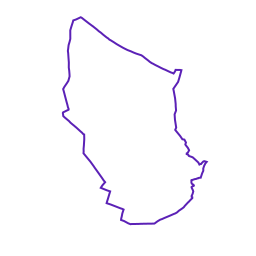 the district of Afaq, Al-Qādisiyyah, Iraq, rotated 198°
{"feature_id": "34846034B39567841057501", "entity_name": "Afaq", "entity_type": "district", "adm_level": 2, "iso_a3": "IRQ", "parent_name": "Iraq", "parent_adm1": "Al-Qādisiyyah", "projection": "mercator", "projection_center": [45.306, 32.022], "detail": "fine", "context": "isolated", "style": "outline", "palette": "violet", "viewbox_px": 256, "rotation_deg": 198, "n_neighbors": 0, "source": "geoboundaries", "source_scale": "gbopen_adm2", "svg_char_len": 3074}
<svg xmlns="http://www.w3.org/2000/svg" viewBox="0 0 256 256"><g transform="rotate(198 128 128)"><path d="M177.4,112.5L175.2,111.5L171.9,110.0L170.4,109.4L168.7,108.4L167.7,108.3L166.6,105.2L166.1,103.7L164.5,97.5L163.8,94.4L162.9,91.9L162.5,90.2L157.5,87.0L153.4,84.4L148.6,80.9L147.5,80.0L144.9,78.1L141.5,75.6L139.9,74.4L137.6,72.7L134.9,70.6L133.0,69.4L134.5,65.9L135.0,64.3L135.4,62.7L132.8,62.5L128.6,62.2L126.4,62.2L125.4,62.2L125.2,54.4L125.2,51.7L125.1,49.9L121.0,49.9L113.9,49.5L110.5,49.3L108.5,49.3L107.0,49.1L107.0,45.0L106.6,41.8L106.5,39.9L106.2,38.4L103.0,38.3L98.2,37.4L95.8,37.3L94.9,37.8L93.6,38.2L89.6,39.6L88.7,39.9L86.3,40.8L82.3,42.2L75.5,44.5L73.3,45.3L72.3,46.7L71.1,48.4L69.7,50.0L69.0,50.8L67.5,51.9L66.1,53.2L64.5,54.6L62.5,56.3L60.2,58.3L58.1,60.2L56.5,61.5L55.2,63.0L54.1,65.0L51.9,67.8L50.5,69.8L49.9,71.5L48.6,74.3L47.9,75.8L47.3,76.8L46.6,78.4L45.6,80.4L45.2,81.0L45.2,81.3L45.5,82.1L46.2,82.2L46.5,83.1L46.4,83.5L46.2,85.7L46.3,86.7L46.3,87.8L47.0,88.8L48.9,90.8L49.3,91.4L48.8,92.3L47.6,93.3L47.6,93.7L48.3,94.3L49.5,94.5L50.2,94.9L50.8,95.6L51.1,96.6L51.5,97.6L51.5,98.1L50.8,98.4L50.2,98.9L48.7,100.0L47.5,100.6L46.6,101.4L45.9,101.7L45.7,102.2L44.8,102.6L44.2,103.0L43.5,103.2L43.5,107.5L43.4,108.8L43.2,110.1L43.2,110.7L43.5,111.4L43.6,112.0L43.9,112.6L43.9,113.5L43.9,114.6L43.9,115.5L43.7,116.8L43.5,118.2L43.0,119.3L42.7,120.1L43.7,120.1L45.3,120.0L46.1,119.3L46.5,118.4L47.1,117.2L47.3,116.4L47.9,116.2L48.8,115.3L50.4,116.9L54.9,119.0L57.4,120.1L59.1,120.2L60.7,120.2L61.6,120.3L62.1,120.9L62.8,121.2L63.7,121.3L64.1,121.3L64.3,122.0L63.5,123.0L63.0,125.7L64.9,127.6L67.9,129.6L68.4,130.1L68.4,132.1L70.8,134.4L72.8,134.1L75.9,136.5L81.8,140.3L82.5,140.8L82.3,143.3L85.9,150.4L87.9,155.4L87.7,159.5L89.3,163.3L90.1,165.6L92.4,170.8L95.7,176.9L97.0,179.2L94.6,187.3L94.7,191.9L95.0,198.7L95.1,199.4L95.1,199.5L96.4,199.3L98.9,198.5L100.7,198.0L100.7,196.8L101.1,195.1L101.5,193.9L102.8,194.1L104.4,194.1L106.9,194.4L110.7,194.9L112.6,195.0L115.4,195.4L119.0,196.0L119.9,196.1L122.3,196.5L124.8,197.0L125.7,197.0L126.3,197.3L127.9,197.7L129.0,198.2L130.9,198.9L133.5,199.8L135.7,200.7L136.8,201.0L137.6,201.3L138.3,201.3L139.7,201.3L143.2,201.3L146.2,201.5L148.7,201.8L152.6,202.0L155.9,202.5L157.7,202.8L162.5,203.8L164.8,204.3L168.4,205.3L170.1,205.7L171.7,206.1L173.0,206.3L174.6,207.1L176.2,207.5L178.1,208.2L180.5,209.1L183.3,210.3L185.6,211.0L188.1,212.1L192.1,213.6L197.2,215.3L202.5,217.2L206.0,218.5L207.2,218.7L208.9,217.1L210.9,215.2L213.3,213.4L213.2,211.8L213.2,207.1L213.1,203.1L210.4,194.9L210.2,191.9L210.1,188.5L209.8,186.9L209.4,185.0L209.0,182.7L208.1,180.9L206.3,176.4L204.5,172.0L203.0,167.2L201.6,164.3L200.2,160.9L199.5,159.0L199.3,154.4L199.9,152.0L201.2,147.6L201.7,145.0L199.6,141.8L197.3,138.2L194.4,133.7L192.8,131.3L191.6,129.3L190.3,127.7L190.2,127.0L190.6,126.6L191.8,125.5L193.4,123.9L194.4,123.0L194.6,122.7L194.6,122.1L194.0,121.0L193.5,119.9L193.2,119.3L191.5,118.5L186.1,116.3L184.4,115.3L181.7,114.2L180.1,113.6L178.7,113.0L177.4,112.5Z" fill="none" stroke="#5b21b6" stroke-width="2"/></g></svg>